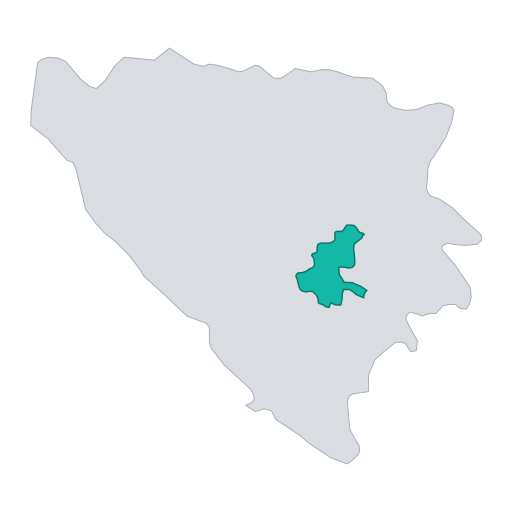 Sarajevo on a map of Bosnia and Herzegovina (Equal Earth projection)
{"feature_id": "BIH-2890", "entity_name": "Sarajevo", "entity_type": "Canton", "adm_level": 1, "iso_a3": "BIH", "parent_name": "Bosnia and Herzegovina", "parent_adm1": "", "projection": "equal_earth", "projection_center": [18.322, 43.843], "detail": "fine", "context": "in_parent", "style": "filled", "palette": "teal", "viewbox_px": 512, "rotation_deg": 0, "n_neighbors": 0, "source": "natural_earth", "source_scale": "10m", "svg_char_len": 3259}
<svg xmlns="http://www.w3.org/2000/svg" viewBox="0 0 512 512"><path d="M452.9,108.0L453.9,111.4L451.3,123.2L446.4,135.9L438.5,149.2L430.1,161.7L427.9,168.3L427.4,178.8L426.4,187.1L427.5,191.7L430.3,195.9L439.7,199.2L452.3,207.6L463.1,218.5L476.9,230.9L481.3,235.4L481.3,240.4L477.3,244.1L465.5,245.4L453.3,244.4L448.6,243.1L444.2,244.6L441.5,247.4L443.0,250.8L455.6,265.8L470.3,287.5L471.2,296.8L469.5,304.1L466.1,309.2L460.0,308.4L455.4,304.4L448.4,304.6L442.9,305.8L435.9,313.6L432.3,313.3L426.2,314.5L422.4,316.0L416.3,313.7L409.9,312.2L407.1,314.6L405.9,319.2L409.9,327.6L417.4,340.7L416.2,350.7L410.6,351.7L405.3,343.4L400.7,342.1L395.5,342.4L383.5,352.0L374.6,360.1L372.6,365.8L369.4,372.0L368.4,376.5L368.7,391.5L352.7,393.9L349.3,396.1L347.4,400.6L348.8,419.8L350.1,430.2L359.2,446.1L359.5,451.2L358.3,454.5L351.7,460.8L348.6,463.1L346.6,463.9L335.9,459.7L330.8,457.7L309.5,443.6L300.1,435.7L285.2,425.5L276.0,419.7L271.4,410.8L264.1,408.8L255.5,411.6L245.7,405.3L252.6,402.0L254.4,398.8L253.5,394.7L250.5,389.1L224.3,365.1L211.5,348.6L209.4,342.7L209.3,327.1L206.3,323.3L187.0,316.2L165.6,295.8L143.6,275.9L140.6,270.4L129.3,255.4L115.5,241.7L104.5,233.0L95.5,223.1L85.6,209.2L80.6,188.4L76.2,169.8L73.2,162.6L66.8,160.1L47.3,138.2L30.7,125.4L31.1,111.7L34.1,88.8L37.6,62.9L41.7,59.3L49.4,57.3L58.1,58.1L65.6,61.3L80.5,79.0L89.0,85.9L96.2,88.6L104.7,81.1L115.2,65.4L124.2,57.2L154.5,60.2L169.5,48.1L193.5,64.0L203.4,66.3L209.0,64.2L216.7,65.1L233.5,69.8L237.4,71.7L242.5,71.4L255.1,65.2L259.3,66.0L273.6,78.1L280.8,78.3L289.4,73.0L295.0,68.5L311.4,71.9L320.9,69.8L328.7,69.6L337.1,71.7L344.9,74.5L352.4,77.0L372.7,78.2L382.5,85.9L386.4,93.4L386.5,97.9L387.5,102.8L393.1,107.6L405.3,110.4L413.0,109.8L417.1,109.4L427.5,105.2L439.8,102.9L448.7,105.5L452.9,108.0Z" fill="#d9dde1" stroke="#a8b0b8" stroke-width="1"/><path d="M364.1,234.6L362.9,234.6L362.0,237.8L358.5,240.6L355.0,243.3L353.8,245.5L353.6,249.2L354.3,254.6L354.7,259.2L354.7,264.1L353.7,266.0L351.8,267.6L348.3,268.0L345.1,267.3L340.2,266.9L338.7,267.8L339.0,270.9L339.3,274.4L342.6,279.6L344.1,282.3L347.3,282.5L352.3,282.7L356.0,284.4L360.9,286.4L366.8,290.5L366.4,290.9L365.0,292.4L364.1,294.6L363.7,296.4L363.7,297.7L359.8,296.1L355.9,294.3L353.0,291.7L349.6,289.5L347.3,289.5L343.7,289.5L342.4,293.2L341.9,299.6L341.0,304.3L340.1,305.2L339.0,304.9L335.7,304.9L333.0,303.8L330.7,303.0L329.7,305.3L329.2,307.3L328.8,307.3L327.5,307.1L326.3,306.9L325.9,306.8L325.5,306.5L322.9,304.7L319.6,303.6L318.3,302.7L318.3,301.6L318.2,299.3L316.5,295.1L313.5,292.3L312.6,291.5L312.4,291.5L309.9,291.2L307.2,291.7L306.4,291.9L305.7,291.8L302.0,291.0L300.0,289.1L299.1,287.1L298.2,283.1L298.1,282.8L298.0,282.4L296.8,278.0L295.9,276.6L296.4,274.7L297.9,273.0L302.4,272.6L306.1,271.3L309.8,268.7L312.4,267.8L313.9,266.3L314.5,264.8L314.4,262.2L313.4,257.4L312.3,256.4L312.1,256.1L311.8,254.7L313.2,253.4L314.5,253.4L316.2,252.6L317.2,251.1L317.2,247.1L318.1,244.1L321.6,243.0L325.6,243.2L330.3,243.0L333.6,241.3L335.0,239.7L334.9,234.7L335.0,232.5L336.4,231.4L339.4,231.4L341.7,231.4L343.7,229.9L345.2,227.1L346.5,225.6L346.9,225.1L349.4,225.1L351.3,225.1L353.8,225.4L355.6,226.9L357.5,229.5L358.6,231.5L360.6,232.8L363.4,233.4L364.1,234.6Z" fill="#14b8a6" stroke="#0f766e" stroke-width="1.5"/></svg>